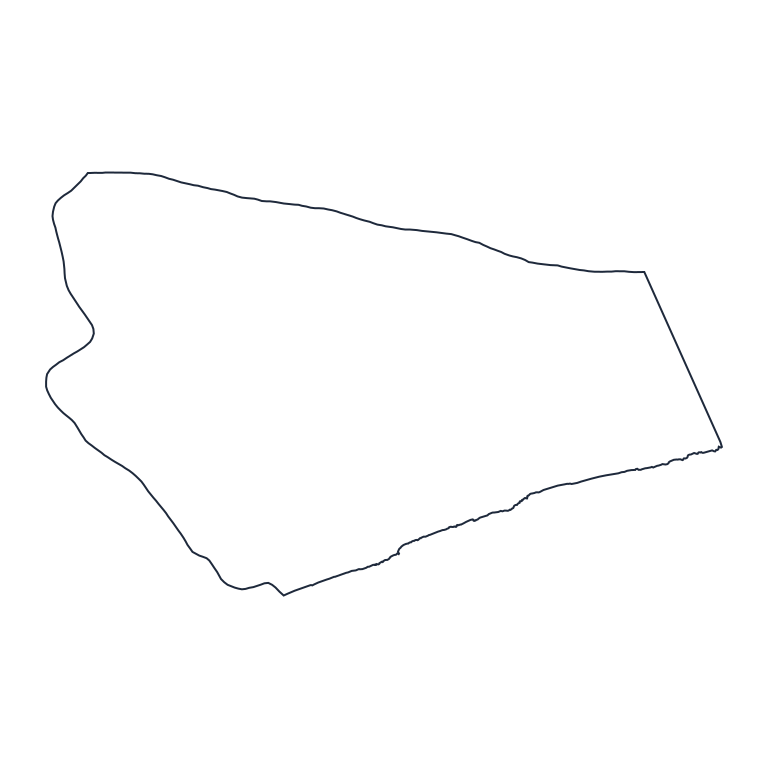 Hawf, Al Mahrah, Yemen
{"feature_id": "15242507B7565801089372", "entity_name": "Hawf", "entity_type": "district", "adm_level": 2, "iso_a3": "YEM", "parent_name": "Yemen", "parent_adm1": "Al Mahrah", "projection": "orthographic", "projection_center": [52.824, 16.701], "detail": "fine", "context": "isolated", "style": "outline", "palette": "slate", "viewbox_px": 768, "rotation_deg": 0, "n_neighbors": 0, "source": "geoboundaries", "source_scale": "gbopen_adm2", "svg_char_len": 6043}
<svg xmlns="http://www.w3.org/2000/svg" viewBox="0 0 768 768"><path d="M644.3,272.0L637.1,272.1L633.5,272.1L628.9,271.8L624.6,271.3L615.7,271.2L611.5,271.6L607.2,271.6L602.4,271.8L594.2,271.7L588.5,271.2L583.9,270.4L579.8,270.0L570.2,268.3L561.6,266.6L557.7,265.4L550.6,265.1L543.6,264.3L537.6,263.6L532.4,262.6L528.7,262.1L525.1,260.0L521.2,258.4L516.9,257.2L512.8,256.4L509.4,255.5L504.6,253.8L501.2,252.0L497.8,250.8L494.1,249.4L490.5,248.2L487.1,246.6L483.2,244.9L479.3,242.8L475.5,242.1L471.8,240.9L467.5,239.3L462.5,237.6L458.6,236.2L455.0,235.2L451.3,234.1L446.3,233.6L436.5,232.3L422.0,230.9L416.9,230.1L409.4,229.5L405.0,229.5L401.1,229.0L392.9,227.3L385.6,226.3L381.8,225.3L377.4,224.6L373.3,223.2L369.7,221.8L364.0,220.4L359.9,219.2L356.3,218.0L352.8,216.6L340.5,212.8L336.7,211.4L332.1,210.2L328.2,209.5L323.7,208.5L318.9,208.2L315.0,208.2L310.7,207.7L306.3,206.5L302.0,205.8L298.6,204.8L294.3,204.6L289.9,204.1L283.8,203.5L276.2,202.1L269.8,201.3L266.2,201.3L261.8,201.0L257.8,199.6L254.3,198.7L246.8,198.1L242.0,197.6L237.5,196.4L234.0,194.8L230.2,193.4L226.8,192.0L222.4,191.0L214.9,189.6L211.0,189.1L207.6,188.1L203.1,187.2L198.0,185.7L193.7,185.2L190.1,184.3L181.2,182.4L173.0,179.7L169.1,178.8L164.8,177.2L161.1,176.0L156.6,175.2L152.7,174.3L148.8,173.8L144.0,173.7L140.1,173.3L135.3,173.2L130.8,172.7L105.7,172.5L102.0,172.9L94.5,172.8L90.1,173.0L87.8,173.0L85.8,175.7L83.2,178.2L80.7,181.4L71.2,190.7L67.8,193.0L64.1,195.3L60.9,197.8L57.9,200.5L55.6,203.2L54.2,206.7L53.0,211.7L52.5,216.1L53.0,219.7L54.1,223.9L55.4,227.6L56.3,231.7L57.2,235.2L58.1,238.6L59.2,242.3L61.6,251.8L62.7,256.8L63.6,261.4L64.0,265.1L64.4,269.0L64.6,273.4L65.0,278.2L66.8,285.8L68.6,290.2L70.6,293.7L76.2,302.2L79.2,306.8L84.8,314.5L92.0,325.1L93.4,329.0L93.8,333.6L92.2,338.4L90.1,341.9L86.8,344.8L84.1,347.1L77.4,351.4L73.8,353.4L66.9,357.7L63.2,360.2L59.3,362.2L56.1,364.7L52.9,367.0L50.1,369.5L47.1,374.1L46.4,377.7L46.1,381.6L46.1,386.7L47.2,390.4L48.8,393.9L50.8,397.8L55.1,404.2L57.8,407.5L60.7,410.5L63.4,413.1L66.2,415.4L69.1,417.7L71.8,420.0L74.6,423.0L77.6,427.8L81.3,434.1L83.6,437.4L85.6,440.6L88.5,443.2L91.7,445.5L94.9,448.0L101.5,452.7L104.4,455.2L107.6,457.1L111.5,459.7L114.9,461.8L122.2,466.0L125.1,468.1L129.2,470.6L132.6,473.2L135.8,476.0L138.7,478.8L141.4,481.5L143.7,484.6L146.0,488.0L148.2,491.3L153.4,497.7L156.1,500.8L158.6,504.0L163.6,510.0L166.1,513.2L168.1,516.3L173.3,523.2L178.3,530.4L180.7,533.6L183.5,537.8L185.7,541.5L187.5,544.9L190.2,548.6L192.5,551.9L199.3,555.6L202.9,556.8L206.6,558.2L209.3,560.5L212.0,564.4L214.3,567.9L217.2,572.1L221.0,579.0L224.2,582.2L227.6,584.8L234.7,587.6L238.3,588.6L241.9,589.3L245.6,588.9L249.3,587.8L253.4,587.1L260.7,584.7L264.4,583.3L268.3,582.9L272.1,584.8L275.5,587.5L279.5,591.7L283.7,595.5L287.4,593.8L294.7,590.7L310.6,585.1L311.4,585.1L312.3,585.4L314.2,584.4L318.3,582.5L326.8,579.5L329.4,578.7L334.1,576.8L335.0,576.8L346.2,572.8L348.1,572.4L351.7,570.9L355.8,570.4L358.6,569.2L359.3,569.1L359.7,569.3L362.4,569.1L366.2,567.8L367.7,566.8L369.2,566.7L373.0,564.9L373.4,564.8L374.0,564.9L375.2,564.5L375.2,565.0L375.9,565.0L376.1,564.4L376.7,564.0L377.5,564.3L378.6,564.3L379.3,563.8L379.4,563.2L381.9,561.7L382.3,561.6L382.7,562.0L383.1,561.7L383.4,561.2L384.1,560.6L385.2,560.0L387.4,559.9L389.0,558.9L389.8,557.7L390.2,557.5L390.5,556.8L393.2,555.4L394.6,554.9L395.8,554.8L396.4,554.3L397.2,553.5L397.6,553.4L398.7,554.1L399.0,553.6L398.1,552.0L398.0,551.6L398.9,549.6L399.4,548.7L400.5,547.8L401.4,546.6L403.5,545.0L406.0,543.9L406.7,543.8L407.5,543.5L408.3,543.5L409.1,542.8L410.2,542.3L411.0,542.3L411.7,541.6L413.2,540.9L414.2,540.9L415.3,540.1L417.0,539.9L417.6,540.2L418.2,539.9L420.0,538.2L420.8,538.2L421.1,537.8L423.5,536.7L425.5,536.7L427.9,535.7L428.8,535.1L430.1,534.8L438.1,531.6L440.5,530.9L441.3,530.5L442.9,530.0L443.8,530.0L446.0,529.4L447.2,528.7L448.6,528.2L449.2,527.2L449.7,527.1L450.3,526.8L451.4,526.8L452.0,527.0L453.5,526.9L453.9,526.6L454.3,526.5L454.8,526.5L455.1,526.8L456.0,526.9L456.6,526.4L456.7,526.0L456.6,525.9L456.6,525.6L456.8,525.3L457.1,525.1L457.4,525.0L457.7,525.2L458.7,525.2L459.0,524.9L459.8,524.8L460.5,524.5L461.0,524.6L463.6,523.3L466.1,521.9L470.5,519.9L471.8,519.6L472.7,519.4L473.1,519.6L473.3,519.8L473.3,520.2L473.4,520.5L473.8,520.8L474.1,520.8L474.6,520.9L475.5,520.5L475.5,520.2L476.0,520.1L477.8,519.4L478.6,518.6L480.1,517.6L487.4,515.4L488.8,514.1L492.4,512.6L494.4,512.5L498.2,512.0L500.8,510.9L501.6,511.1L502.3,511.3L502.8,511.2L504.4,510.6L505.9,510.6L507.9,510.8L508.9,510.4L509.8,509.7L510.5,509.9L511.2,509.3L511.8,508.9L512.0,508.6L513.1,508.1L513.4,507.8L513.9,506.4L514.3,505.7L515.5,505.0L517.0,504.9L517.3,504.3L518.5,503.2L519.4,502.9L519.7,502.7L519.7,502.0L519.7,501.6L520.2,501.2L520.7,501.3L521.3,501.2L521.6,501.1L521.8,500.4L522.1,499.9L522.4,499.8L522.7,500.0L523.4,499.2L524.7,498.1L525.3,498.0L526.1,498.4L527.1,498.4L527.2,496.8L527.6,496.6L527.6,495.8L528.7,495.4L530.1,494.0L531.1,493.6L532.1,493.5L534.4,493.0L535.8,492.4L536.9,492.3L538.8,492.4L540.2,491.8L543.5,490.0L557.8,485.6L564.8,484.3L567.1,483.8L568.4,483.9L570.0,483.6L571.6,484.0L577.3,482.9L581.0,481.6L591.3,478.7L599.2,476.7L606.2,475.3L618.4,473.3L621.6,472.2L624.5,471.9L627.1,470.8L631.3,470.1L635.3,469.9L635.7,469.2L636.6,468.9L637.4,468.8L638.5,469.8L640.8,469.8L641.8,469.3L645.2,468.3L646.9,468.1L650.6,467.4L651.9,466.9L653.2,467.5L657.2,465.8L658.5,465.6L661.0,464.8L662.4,464.1L665.6,464.5L667.4,464.1L668.5,463.2L668.8,462.3L670.0,461.4L673.8,459.8L676.5,459.5L677.8,459.6L679.0,459.3L680.4,459.3L682.4,460.1L683.2,459.7L683.4,459.0L683.9,458.4L684.6,458.4L685.6,458.5L687.0,457.8L687.6,456.9L687.8,455.8L688.3,455.1L689.5,454.6L690.9,454.5L694.1,453.0L697.0,453.9L697.7,453.8L698.3,452.7L698.7,452.4L699.4,452.3L700.4,452.5L701.2,452.1L702.3,452.8L703.6,452.8L712.1,450.4L714.1,451.3L715.2,451.4L715.8,450.6L716.2,449.9L716.7,449.8L717.3,450.0L718.2,449.4L718.7,447.8L718.6,447.2L718.8,446.7L719.4,447.0L721.0,447.6L721.9,446.9L720.4,442.0L644.3,272.0Z" fill="none" stroke="#1e293b" stroke-width="2"/></svg>